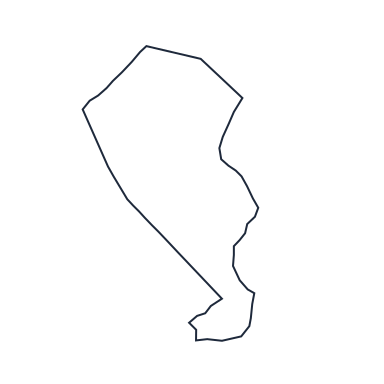 Carmópolis, Sergipe, Brazil, rotated 45°
{"feature_id": "56859067B72449738877040", "entity_name": "Carmópolis", "entity_type": "district", "adm_level": 2, "iso_a3": "BRA", "parent_name": "Brazil", "parent_adm1": "Sergipe", "projection": "robinson", "projection_center": [-36.951, -10.667], "detail": "fine", "context": "isolated", "style": "outline", "palette": "slate", "viewbox_px": 384, "rotation_deg": 45, "n_neighbors": 0, "source": "geoboundaries", "source_scale": "gbopen_adm2", "svg_char_len": 837}
<svg xmlns="http://www.w3.org/2000/svg" viewBox="0 0 384 384"><g transform="rotate(45 192 192)"><path d="M273.3,215.3L266.1,206.9L259.9,200.7L259.7,192.4L258.7,183.6L253.7,175.6L254.0,165.0L250.0,156.3L239.6,153.5L226.9,149.0L216.0,145.9L207.8,145.9L199.2,147.6L189.5,148.2L180.3,141.6L174.8,131.3L169.7,117.7L165.0,105.8L161.2,89.9L132.0,90.8L104.0,91.7L56.6,121.1L56.3,129.7L57.4,142.5L57.8,157.1L57.5,169.3L58.1,178.8L57.4,190.2L55.1,199.8L56.3,210.9L114.6,233.4L125.8,236.5L151.4,242.9L160.0,243.2L168.6,243.2L176.8,243.6L187.2,243.8L196.9,243.8L208.3,244.1L224.0,244.6L288.6,246.3L285.9,259.3L287.1,268.4L283.2,276.0L282.4,286.5L292.4,286.5L299.8,294.1L306.8,285.3L318.4,276.0L328.9,259.3L327.4,246.3L322.8,239.6L313.8,228.6L307.6,219.5L300.3,221.5L288.2,220.7L273.3,215.3Z" fill="none" stroke="#1e293b" stroke-width="2"/></g></svg>